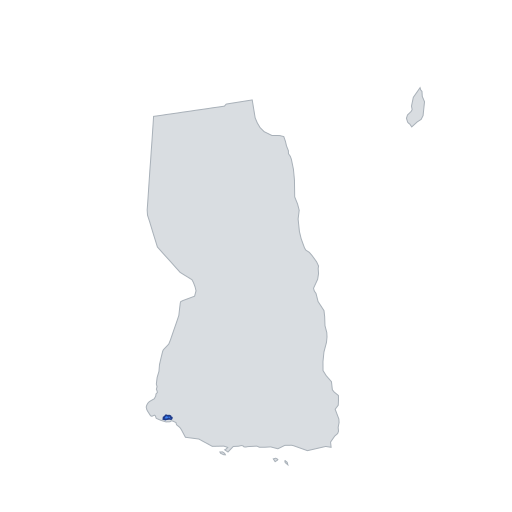 location of Razih, Sa`dah, Yemen, rotated 283°
{"feature_id": "15242507B22437016360372", "entity_name": "Razih", "entity_type": "district", "adm_level": 2, "iso_a3": "YEM", "parent_name": "Yemen", "parent_adm1": "Sa`dah", "projection": "natural_earth1", "projection_center": [43.257, 16.923], "detail": "fine", "context": "in_parent", "style": "filled", "palette": "blue", "viewbox_px": 512, "rotation_deg": 283, "n_neighbors": 0, "source": "geoboundaries", "source_scale": "gbopen_adm2", "svg_char_len": 3894}
<svg xmlns="http://www.w3.org/2000/svg" viewBox="0 0 512 512"><g transform="rotate(283 256 256)"><path d="M407.2,217.2L390.4,224.1L386.0,227.3L382.0,231.1L379.0,235.9L377.0,244.3L378.7,252.0L378.6,256.2L374.3,258.9L370.2,260.9L365.8,263.9L363.0,264.6L360.8,267.0L358.2,268.7L348.8,273.0L338.6,276.4L322.3,280.4L316.0,284.8L310.3,287.8L301.5,288.7L289.6,292.8L283.0,296.1L274.7,301.5L272.9,303.3L271.5,307.2L268.9,310.7L264.0,316.3L260.3,319.2L257.8,319.4L252.9,320.9L247.2,321.3L237.5,319.3L235.0,320.7L233.0,322.9L225.6,326.7L218.1,334.5L212.5,336.5L203.6,338.9L197.3,342.2L193.1,343.4L187.7,344.1L177.7,343.8L168.2,345.0L159.4,347.1L155.2,351.3L150.5,357.8L142.8,360.5L141.0,362.8L138.6,367.7L133.6,368.9L129.1,369.7L124.5,367.6L115.8,373.4L112.5,374.4L107.5,374.6L103.9,375.8L101.4,375.5L98.2,373.2L91.5,370.5L86.5,372.2L86.1,366.7L77.9,349.9L79.6,335.3L79.6,333.2L78.0,326.7L73.1,320.7L73.3,313.2L71.7,307.8L70.4,302.2L70.8,300.7L70.9,299.4L68.4,290.8L67.6,289.1L67.3,287.3L68.1,285.9L68.0,284.3L66.7,281.7L65.3,276.7L58.7,272.8L60.1,269.1L61.3,270.4L63.1,271.5L63.4,269.1L63.5,267.3L60.7,256.2L64.8,241.4L63.5,228.0L69.7,222.6L71.3,221.0L72.2,219.6L73.7,216.5L75.7,215.5L76.4,212.3L76.4,210.7L75.1,209.4L74.1,205.6L74.4,200.9L74.7,198.9L75.4,195.3L77.6,193.9L78.1,192.9L76.4,190.6L76.6,189.2L80.3,185.4L81.7,184.2L84.1,183.0L86.0,183.1L88.2,183.7L90.1,184.8L92.0,186.8L94.0,189.0L97.0,189.8L99.1,189.6L100.8,190.6L102.2,190.0L103.8,188.9L106.4,189.0L108.8,187.7L115.4,187.0L121.8,187.4L128.5,186.4L135.2,186.4L141.9,186.5L143.4,186.7L144.8,187.4L150.5,190.8L154.8,191.5L163.5,192.4L172.7,193.4L180.7,194.2L187.5,193.4L193.1,192.8L194.6,192.9L196.3,195.0L199.7,200.2L203.0,205.2L208.6,205.4L212.2,203.6L216.1,201.0L218.5,198.9L221.2,190.9L223.0,185.7L227.1,179.9L230.6,175.0L235.1,168.5L237.6,164.9L242.6,157.9L247.4,155.1L256.5,149.8L265.6,144.6L271.4,141.1L276.4,139.6L284.8,138.3L294.7,136.7L304.6,135.1L315.1,133.4L326.8,131.6L334.8,130.3L345.1,128.7L353.6,127.3L361.2,126.1L369.0,124.8L370.5,128.8L372.0,132.7L373.6,136.6L375.1,140.6L376.6,144.5L378.1,148.4L379.7,152.3L381.2,156.3L382.7,160.2L384.3,164.1L385.8,168.1L387.3,172.0L388.8,175.9L390.4,179.8L391.9,183.8L393.4,187.7L394.9,191.5L397.3,192.8L398.8,196.4L400.9,201.6L403.0,206.8L405.1,212.0L407.2,217.2ZM431.8,374.7L433.8,375.2L437.0,373.8L446.0,373.6L456.9,378.0L454.9,379.1L453.7,380.7L448.9,382.1L444.2,385.5L430.4,387.2L426.3,386.2L423.0,383.0L416.8,378.7L419.2,376.1L419.7,374.8L420.6,373.6L424.1,371.6L427.5,371.9L431.8,374.7ZM63.0,322.3L62.6,323.1L62.0,322.9L59.9,320.9L62.2,318.5L63.4,320.7L63.0,322.3ZM56.5,270.0L55.4,270.9L55.1,269.3L55.8,265.9L56.9,264.9L57.6,267.5L57.1,268.9L56.5,270.0ZM62.0,332.8L59.7,334.0L61.3,330.9L62.8,330.2L63.2,330.4L62.0,332.8Z" fill="#d9dde1" stroke="#a8b0b8" stroke-width="1"/><path d="M78.5,202.7L78.2,202.4L78.1,202.2L77.9,202.2L78.0,202.5L77.8,202.5L77.7,202.8L77.4,202.5L77.3,202.4L77.2,202.5L77.0,202.8L76.8,202.8L76.7,202.8L76.6,202.7L76.6,202.4L76.4,202.3L76.2,202.3L76.2,202.7L76.3,202.8L76.2,203.0L76.2,203.5L76.3,203.7L76.4,203.8L76.5,204.1L76.3,204.2L76.2,204.2L76.1,204.3L76.1,204.5L76.3,204.8L76.7,205.1L76.7,205.3L76.7,205.5L76.8,205.6L77.2,206.2L77.1,206.7L77.1,206.8L77.2,207.0L77.4,207.0L77.8,207.1L77.8,207.6L78.1,207.8L77.9,208.0L77.9,208.3L77.7,208.7L77.7,209.2L77.9,209.4L78.0,209.6L78.0,209.8L78.0,210.1L78.1,210.3L78.5,210.4L78.9,210.5L79.3,210.5L79.7,210.4L79.7,209.4L79.7,209.2L80.0,209.1L80.3,209.1L80.4,208.9L80.4,208.7L80.8,208.3L80.8,208.1L81.0,207.9L81.0,207.7L80.9,207.7L80.9,207.8L80.8,207.7L80.8,207.3L80.9,207.2L81.0,207.1L80.9,206.8L80.8,206.7L80.7,206.6L80.7,206.4L80.6,206.2L80.4,206.2L80.5,206.1L80.6,205.9L80.6,205.6L80.5,205.2L80.6,204.7L80.7,204.4L80.7,204.2L80.4,204.1L80.2,204.0L80.2,203.9L79.9,203.9L79.6,203.5L79.5,203.3L79.4,203.2L79.2,203.1L78.9,203.0L78.6,202.8L78.5,202.7Z" fill="#3b82f6" stroke="#1e3a8a" stroke-width="1.5"/></g></svg>